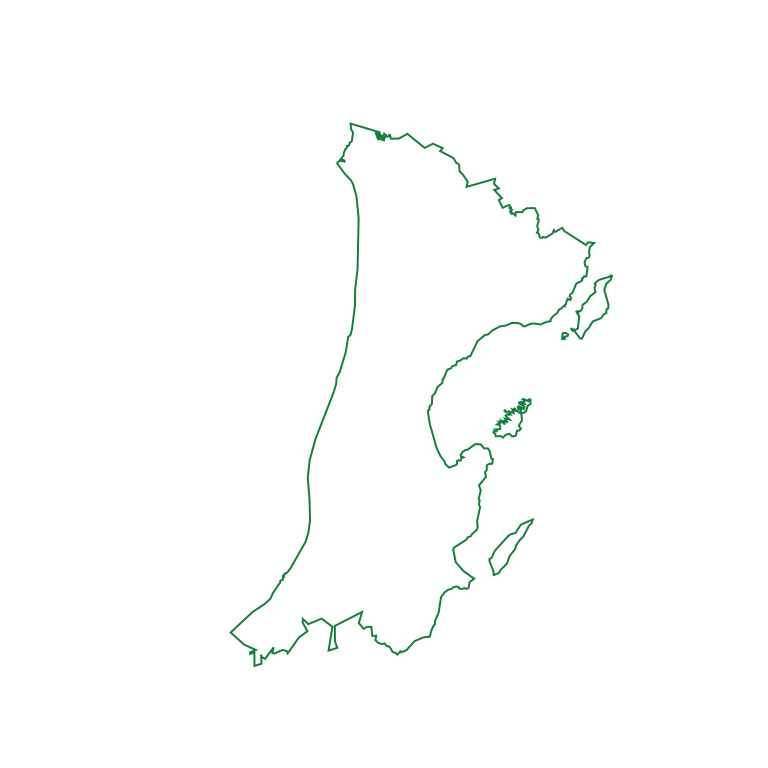 La Paz, Baja California Sur, Mexico (orthographic projection), rotated 62°
{"feature_id": "50627088B19134439985606", "entity_name": "La Paz", "entity_type": "district", "adm_level": 2, "iso_a3": "MEX", "parent_name": "Mexico", "parent_adm1": "Baja California Sur", "projection": "orthographic", "projection_center": [-110.497, 24.115], "detail": "fine", "context": "isolated", "style": "outline", "palette": "green", "viewbox_px": 768, "rotation_deg": 62, "n_neighbors": 0, "source": "geoboundaries", "source_scale": "gbopen_adm2", "svg_char_len": 6159}
<svg xmlns="http://www.w3.org/2000/svg" viewBox="0 0 768 768"><g transform="rotate(62 384 384)"><path d="M167.2,321.8L179.7,320.0L188.8,317.5L192.8,317.5L205.0,320.1L225.6,328.5L270.3,353.5L287.3,365.3L301.2,372.8L320.8,386.7L325.0,390.7L325.7,393.6L337.8,402.7L352.8,417.6L356.2,422.9L361.2,426.0L368.1,432.8L400.5,470.4L416.4,485.4L431.0,495.3L452.1,504.5L470.0,513.5L479.7,520.6L486.3,527.0L502.8,553.0L505.1,558.2L504.7,560.5L505.5,560.8L505.7,562.9L507.1,562.8L506.7,563.6L509.2,565.1L509.2,568.1L510.4,568.7L516.6,580.5L520.2,584.8L522.2,592.5L523.6,606.9L531.4,636.1L548.3,629.9L558.7,622.0L558.1,628.2L559.3,628.9L560.4,624.6L572.1,630.7L573.5,623.4L565.2,619.6L567.7,620.1L570.9,618.1L564.7,605.1L569.0,608.8L570.6,607.3L571.1,598.7L573.9,595.3L576.7,595.5L567.8,578.1L566.4,567.7L556.3,567.8L553.3,566.0L560.5,563.5L561.9,549.2L574.1,543.5L593.4,558.1L595.0,549.1L588.4,548.2L574.5,541.0L575.0,510.4L583.3,518.5L590.7,516.8L590.3,513.4L592.4,509.2L601.0,512.6L602.5,509.1L606.2,511.8L609.9,510.7L612.6,508.0L613.3,505.3L617.0,504.6L617.6,503.1L619.4,502.3L624.6,502.2L627.0,499.9L629.2,499.2L627.7,494.9L629.1,494.5L629.6,489.2L625.4,477.7L626.2,468.1L628.6,462.2L623.7,457.7L620.5,453.5L620.2,451.9L617.1,450.1L611.5,443.1L599.0,433.7L596.4,428.5L595.8,423.6L596.7,420.6L596.0,418.7L596.7,415.3L598.0,413.5L599.8,413.6L601.5,411.7L602.0,408.8L603.7,407.3L603.7,405.0L599.1,401.4L598.2,395.8L586.1,401.8L574.9,404.3L562.3,400.5L561.3,398.7L560.1,384.1L558.7,382.1L559.1,378.8L557.8,376.7L556.6,371.1L554.4,368.5L548.9,366.2L537.8,357.0L535.1,356.7L531.5,354.1L529.9,354.4L523.5,348.6L518.1,347.7L513.8,337.5L509.3,336.2L508.2,333.6L504.0,331.4L503.9,328.0L505.1,326.9L504.9,325.6L501.5,323.1L500.5,324.2L492.9,322.2L489.7,322.5L487.7,325.9L482.7,326.9L479.9,331.7L481.3,341.1L480.5,342.6L480.8,346.4L482.9,349.9L484.8,350.1L485.4,348.8L486.1,348.3L485.8,350.5L487.6,352.5L486.3,354.1L486.3,355.9L488.7,356.8L489.3,358.2L488.5,365.8L488.2,364.6L488.2,365.9L483.5,367.4L481.0,366.8L474.2,368.0L465.7,367.7L441.5,362.5L429.1,358.3L427.8,357.1L428.1,356.0L425.4,354.5L424.0,351.0L417.3,347.1L416.1,343.4L411.8,338.1L410.4,331.9L407.1,329.6L407.1,328.6L401.1,321.4L401.6,317.7L400.3,315.1L401.1,311.5L398.4,308.9L399.1,306.1L398.6,301.7L400.4,299.0L399.3,297.6L399.8,294.5L390.1,281.4L388.1,271.7L389.1,269.2L387.6,263.1L387.6,254.7L389.6,248.7L390.2,242.4L392.7,237.5L395.3,235.0L398.2,234.1L399.2,232.6L399.6,226.8L401.2,222.7L404.9,217.9L405.5,211.1L406.8,207.5L405.1,206.5L403.1,201.6L402.8,198.0L400.5,194.5L400.6,191.9L399.6,189.8L400.3,187.7L399.2,187.4L398.8,185.8L396.1,183.4L396.1,181.9L395.2,181.7L397.2,179.9L395.8,178.3L393.6,178.9L392.2,177.1L392.1,174.9L385.6,167.0L385.8,161.5L385.2,160.0L383.6,159.5L383.9,158.2L382.8,156.8L383.9,154.9L376.4,149.3L374.6,150.9L370.5,149.7L368.0,146.4L368.4,143.7L367.5,142.4L363.6,140.9L359.7,137.9L358.1,132.3L354.7,137.3L356.1,140.4L333.6,153.0L329.8,153.3L330.1,161.5L327.8,161.8L330.3,164.8L330.6,172.7L328.7,174.7L329.3,175.7L327.8,177.6L323.7,176.7L322.3,178.0L320.6,175.4L316.3,174.5L313.1,171.2L311.2,170.1L310.0,171.1L307.7,168.7L299.5,168.3L295.9,175.2L296.0,179.3L297.3,181.1L294.1,186.8L296.9,188.9L294.0,189.7L293.5,191.6L292.4,190.8L291.3,191.7L290.3,189.5L289.6,190.5L288.5,189.4L287.5,190.3L287.4,189.1L284.6,189.4L284.1,196.5L275.5,196.2L275.3,192.7L264.4,195.5L265.2,190.8L259.0,192.9L254.9,189.5L248.7,218.6L244.6,215.1L236.0,216.1L231.9,217.5L225.6,214.7L222.3,216.4L217.1,216.6L204.7,225.1L203.2,221.5L194.8,228.0L194.6,237.3L174.1,245.9L174.3,255.6L170.6,262.8L166.9,261.8L166.6,262.8L167.6,263.4L166.5,266.2L165.2,265.4L163.1,266.3L164.6,268.3L166.9,269.2L165.8,267.7L166.6,267.5L168.5,269.5L167.2,269.9L167.9,270.5L165.7,272.6L164.2,272.4L164.7,273.7L165.6,273.5L164.4,274.2L166.3,274.3L164.2,274.2L160.7,273.4L159.6,273.6L160.2,273.9L159.0,273.5L158.6,272.8L158.6,272.0L158.7,272.7L159.5,272.2L159.5,273.2L159.7,271.8L161.2,272.2L160.6,272.5L161.6,273.3L162.7,273.1L162.0,271.8L163.0,271.1L164.8,272.2L165.2,271.6L164.8,270.1L163.7,269.7L160.9,270.6L159.6,269.8L138.4,291.3L143.7,293.5L147.6,293.3L154.6,298.6L154.7,300.5L156.9,302.9L156.4,304.9L157.9,305.6L158.4,307.7L160.8,310.7L163.5,312.7L165.2,316.8L168.1,314.0L169.1,314.3L166.4,317.8L166.2,320.3L167.2,321.8ZM395.5,131.9L394.6,133.0L395.2,134.4L393.1,144.7L393.5,148.6L394.2,150.8L396.0,150.6L397.8,153.0L402.1,154.1L403.3,160.9L406.6,166.1L407.3,171.5L410.3,173.4L411.9,176.3L410.8,178.5L413.3,179.2L410.5,179.5L410.5,180.2L416.0,179.9L426.0,186.8L426.1,189.4L423.9,192.2L422.3,192.7L424.9,192.8L427.2,190.8L435.9,189.5L436.9,188.0L432.1,181.7L430.9,177.5L426.8,170.2L427.8,161.5L425.6,157.3L425.8,154.4L422.6,152.6L422.5,150.6L419.4,148.6L404.2,145.3L399.7,140.3L398.4,134.9L395.5,131.9ZM604.2,376.8L604.8,371.4L602.9,368.3L600.2,359.6L594.9,353.9L591.4,346.0L588.5,343.0L585.6,337.5L583.9,332.3L577.2,322.6L576.3,319.0L573.5,316.3L572.4,329.2L577.3,337.8L576.2,342.8L576.5,345.6L583.2,364.2L588.2,371.1L587.8,372.8L590.1,374.1L600.6,375.3L604.2,376.8ZM480.8,279.2L474.8,276.7L470.0,279.5L466.1,280.4L468.9,281.1L466.6,282.7L470.5,283.3L467.6,285.8L468.5,285.7L468.0,286.7L469.5,286.6L468.1,287.5L470.0,288.0L468.5,289.8L469.1,291.6L474.4,289.8L471.4,293.4L476.1,293.0L473.3,294.5L472.7,295.9L476.5,296.2L471.0,298.1L472.6,298.8L471.5,300.1L473.7,299.5L472.5,300.3L472.8,303.1L474.6,301.1L477.6,302.0L478.3,302.7L476.5,306.7L477.7,305.9L478.7,306.7L477.2,309.1L478.0,310.1L480.1,309.2L482.7,309.8L484.9,305.2L487.2,304.1L486.0,300.3L486.9,296.6L490.5,295.6L491.6,292.0L487.6,288.4L488.6,286.4L487.8,284.2L484.1,284.5L480.8,279.2ZM470.3,263.9L466.4,262.0L465.6,263.5L466.9,264.7L462.7,267.8L462.7,268.8L464.7,267.7L465.8,268.5L465.4,269.6L467.8,269.1L466.7,270.7L463.4,271.5L465.1,271.9L463.7,273.1L464.5,273.8L469.9,270.7L471.8,272.1L466.2,275.9L468.5,275.3L467.5,276.8L469.6,277.2L471.1,275.0L473.4,277.3L475.1,274.2L474.9,271.5L470.7,267.4L470.3,263.9ZM427.7,199.0L426.8,198.1L424.3,199.4L423.0,202.0L425.3,204.0L427.4,203.4L428.0,204.5L427.3,205.1L428.0,205.5L429.1,203.4L427.2,201.8L427.7,199.0ZM466.2,288.6L463.9,289.7L464.1,290.2L465.6,289.8L466.2,288.6Z" fill="none" stroke="#15803d" stroke-width="2"/></g></svg>